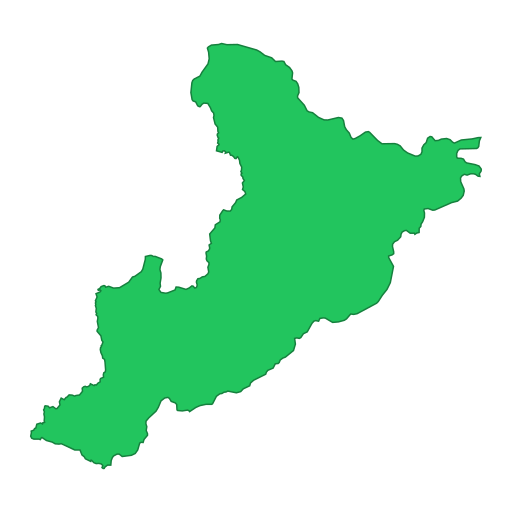 the district of Norcasia, Caldas, Colombia
{"feature_id": "7082276B5285222782638", "entity_name": "Norcasia", "entity_type": "district", "adm_level": 2, "iso_a3": "COL", "parent_name": "Colombia", "parent_adm1": "Caldas", "projection": "orthographic", "projection_center": [-74.881, 5.638], "detail": "fine", "context": "isolated", "style": "filled", "palette": "green", "viewbox_px": 512, "rotation_deg": 0, "n_neighbors": 0, "source": "geoboundaries", "source_scale": "gbopen_adm2", "svg_char_len": 6005}
<svg xmlns="http://www.w3.org/2000/svg" viewBox="0 0 512 512"><path d="M208.4,46.9L207.4,48.1L208.6,52.1L209.2,58.8L208.0,63.9L202.1,72.1L199.9,76.1L194.2,79.0L192.7,80.5L191.9,82.8L190.9,92.6L192.1,99.6L193.0,100.9L195.7,101.9L197.7,105.8L199.4,106.7L200.2,106.6L202.1,104.2L203.8,103.1L207.8,103.4L210.4,107.7L211.6,110.8L213.6,113.0L214.0,115.4L213.5,117.6L214.1,119.9L215.1,124.0L217.7,127.2L217.9,131.3L218.6,132.8L217.4,134.0L217.2,135.1L218.0,137.5L218.7,138.1L217.9,139.9L218.1,141.4L217.6,143.0L218.9,144.0L219.0,144.7L217.1,146.4L216.5,150.8L222.1,152.4L222.9,151.0L224.4,150.8L225.7,151.9L225.3,153.2L228.6,152.2L229.4,152.4L230.5,155.2L231.6,155.2L233.4,156.4L234.9,158.4L236.0,158.6L237.3,156.8L238.0,157.1L239.5,160.2L239.9,163.5L241.7,167.1L241.5,170.1L240.9,171.6L241.9,173.2L241.1,174.0L241.2,175.3L242.8,177.0L243.0,178.6L244.4,180.5L242.4,183.0L243.3,187.0L242.5,189.5L244.9,191.5L245.7,194.0L241.7,197.4L236.7,200.0L235.6,202.6L232.1,206.8L231.7,209.4L230.2,211.1L226.7,211.0L223.6,209.8L222.7,210.7L219.8,215.1L219.7,218.3L220.3,219.8L220.0,221.8L215.3,224.8L214.9,227.9L209.7,234.0L210.5,240.8L211.4,243.3L209.1,245.0L209.7,248.1L209.4,249.4L208.1,251.1L206.3,251.9L206.0,252.9L206.6,256.1L206.3,259.0L207.0,260.8L208.9,262.6L209.0,264.3L207.9,267.2L208.7,272.0L207.9,273.8L205.0,276.4L202.2,276.9L200.0,278.4L197.9,278.7L196.6,280.8L196.4,282.1L197.2,284.9L196.8,286.8L195.9,287.8L194.7,288.0L193.2,286.2L191.9,285.9L189.3,287.9L186.0,289.4L178.8,287.2L176.1,287.0L175.0,290.0L167.6,292.9L165.6,293.2L160.9,292.4L158.9,289.5L160.5,286.3L160.1,283.2L161.0,277.9L160.9,273.0L159.9,269.5L160.3,266.6L162.8,259.9L161.7,258.9L155.2,256.4L153.2,256.4L151.7,255.5L150.1,255.4L145.4,256.5L145.3,259.4L142.8,269.1L141.3,271.7L134.9,276.3L132.5,277.0L128.7,282.2L119.5,287.7L113.6,288.1L108.7,286.3L105.7,287.2L104.8,285.7L103.7,285.6L101.1,286.6L99.7,288.5L98.0,289.4L98.3,290.3L100.2,290.0L100.9,290.8L99.9,292.0L96.0,293.7L97.1,297.0L95.4,300.8L96.0,301.8L95.4,303.0L95.8,304.5L95.4,305.6L96.3,308.3L95.9,312.0L96.7,313.3L96.1,314.8L97.7,316.4L97.9,318.2L97.3,321.4L98.5,327.6L97.1,330.2L97.1,331.3L100.9,335.8L101.8,340.3L103.0,342.0L101.8,345.2L101.2,345.7L101.4,346.6L100.6,347.5L100.3,349.6L100.9,352.6L102.4,355.8L102.7,358.1L104.5,359.3L105.0,361.9L105.6,369.9L105.3,371.8L103.8,372.8L103.3,374.8L103.6,377.2L100.6,378.5L100.1,379.5L100.2,381.8L97.9,383.2L96.4,385.0L94.9,384.8L94.1,385.6L90.4,383.8L89.9,385.2L88.3,386.5L86.5,386.9L85.2,386.3L83.7,386.8L82.2,388.2L82.5,391.3L79.5,395.0L75.9,395.5L74.7,396.1L72.1,395.1L69.1,394.9L67.0,397.1L66.0,397.5L64.2,399.7L61.2,398.1L59.4,401.8L60.0,404.9L57.0,408.6L55.7,408.7L52.9,406.6L49.6,407.8L48.1,406.2L45.4,405.8L44.7,406.2L44.4,408.5L43.6,409.9L44.4,411.8L43.9,414.0L44.5,416.9L44.2,420.8L44.6,422.4L42.8,422.8L42.5,423.9L40.5,423.0L36.8,424.2L35.8,428.1L34.6,428.5L33.7,430.2L31.2,431.1L31.4,432.7L30.7,436.2L31.7,438.2L33.8,439.1L39.1,439.1L40.2,439.6L41.5,437.6L42.0,437.5L46.4,440.5L52.2,442.1L55.2,443.8L59.0,444.1L61.3,443.7L74.8,450.0L80.0,450.0L82.0,455.0L84.2,456.7L85.4,458.8L90.7,461.4L90.9,460.3L91.6,460.3L93.9,462.7L96.2,463.6L98.8,463.4L101.4,464.0L102.8,465.6L102.0,467.6L103.2,468.5L104.2,468.4L104.9,467.1L107.5,465.1L110.8,465.1L111.2,460.6L112.3,457.7L113.5,456.0L117.0,454.1L119.2,454.1L122.2,456.5L131.4,455.3L135.2,453.5L137.7,450.0L139.7,443.1L141.1,442.3L143.1,442.5L144.0,439.5L147.5,435.3L147.5,433.7L146.2,430.5L146.8,426.7L145.9,423.8L146.0,421.2L148.8,417.8L156.0,411.2L158.3,407.3L161.0,400.9L164.7,398.0L167.9,397.4L169.4,398.4L171.2,401.4L175.3,402.9L176.7,404.5L177.0,409.9L177.7,410.5L182.3,410.9L187.5,410.1L189.0,410.7L189.6,411.6L195.9,407.4L200.0,405.6L206.1,404.3L211.8,404.3L212.6,403.7L216.4,396.3L219.8,393.8L221.9,393.5L224.0,392.2L226.0,392.0L227.8,391.1L236.4,392.8L240.7,391.6L243.3,388.8L249.7,385.8L250.5,383.0L253.7,380.2L265.7,374.2L266.4,372.1L267.9,370.3L273.1,368.1L275.3,363.8L278.1,363.5L279.2,362.5L280.2,360.0L282.8,358.1L285.4,357.1L293.5,350.5L295.4,344.1L294.6,338.4L296.8,337.9L299.3,338.4L300.8,337.6L303.4,333.7L307.2,331.9L312.0,323.3L314.0,321.1L315.7,320.6L318.6,321.2L319.9,318.4L323.3,317.9L325.3,318.1L332.6,322.4L338.4,321.9L344.3,320.3L346.5,318.9L350.7,314.0L353.6,314.4L357.1,313.7L376.6,303.2L378.3,301.5L382.3,295.3L387.0,289.4L390.3,282.7L393.5,266.4L388.7,257.6L388.6,256.0L392.1,254.9L393.7,253.7L393.7,251.8L392.5,246.6L392.6,244.2L394.5,241.7L397.6,240.2L400.7,236.8L401.1,234.0L402.2,232.0L404.7,230.6L406.4,230.4L410.2,233.2L414.4,233.2L414.9,234.3L416.6,233.1L419.1,232.5L419.2,228.2L420.8,226.5L421.1,224.0L422.6,221.8L424.4,217.3L424.5,213.0L423.8,210.5L424.3,209.0L428.1,208.5L432.7,210.2L434.8,210.0L451.6,202.6L457.6,201.1L461.1,198.2L463.2,195.4L464.2,191.1L463.9,188.9L460.7,181.7L460.5,177.9L461.8,175.9L464.3,174.3L467.1,175.1L470.6,173.8L473.5,173.8L475.5,174.3L478.1,176.2L479.9,176.4L479.3,173.8L481.0,171.3L481.3,169.8L481.1,168.8L479.0,166.0L475.1,164.6L466.6,162.9L465.0,161.7L463.5,159.1L461.1,158.3L457.4,158.2L456.7,156.9L456.7,153.4L458.0,150.4L460.0,148.9L476.5,148.5L477.7,147.9L478.7,146.5L479.4,140.8L480.8,137.5L478.2,137.6L472.2,138.9L461.3,140.0L454.4,143.1L452.6,142.2L450.1,139.7L446.6,138.5L441.3,139.1L438.5,140.4L435.1,140.7L431.8,136.8L430.1,136.5L427.6,138.2L426.2,142.6L423.8,144.8L422.0,148.1L422.0,151.8L420.9,154.3L418.2,155.9L416.5,156.1L415.2,156.1L407.5,152.9L403.5,150.0L400.2,145.9L397.4,144.3L394.5,143.6L382.0,143.8L377.6,140.5L369.6,132.3L368.4,131.6L365.4,132.1L360.1,135.8L355.2,138.5L352.9,139.1L351.0,137.3L349.3,133.1L346.4,129.8L344.7,126.8L343.5,120.5L341.9,118.1L338.4,117.5L327.8,120.0L324.1,119.9L318.5,117.4L312.6,112.7L309.2,112.0L307.1,110.8L304.3,105.2L297.7,97.9L297.5,96.0L299.0,92.6L298.8,87.4L297.7,83.8L296.0,81.3L293.0,80.2L291.9,79.0L292.6,72.9L292.0,70.9L289.6,67.5L285.6,64.7L283.9,61.5L282.0,61.1L275.5,61.5L271.7,57.8L264.7,55.4L260.0,51.8L256.7,50.0L237.5,44.5L226.9,44.7L221.6,43.5L218.6,44.5L211.4,45.1L208.4,46.9Z" fill="#22c55e" stroke="#15803d" stroke-width="1.5"/></svg>